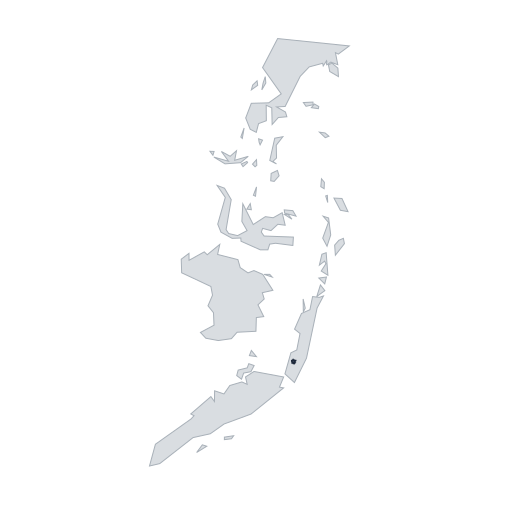 Purwakarta, Jawa Barat, Indonesia shown in context, rotated 275°
{"feature_id": "22746128B43709097539954", "entity_name": "Purwakarta", "entity_type": "district", "adm_level": 2, "iso_a3": "IDN", "parent_name": "Indonesia", "parent_adm1": "Jawa Barat", "projection": "natural_earth1", "projection_center": [107.447, -6.592], "detail": "fine", "context": "in_parent", "style": "filled", "palette": "slate", "viewbox_px": 512, "rotation_deg": 275, "n_neighbors": 0, "source": "geoboundaries", "source_scale": "gbopen_adm2", "svg_char_len": 4965}
<svg xmlns="http://www.w3.org/2000/svg" viewBox="0 0 512 512"><g transform="rotate(275 256 256)"><path d="M175.0,207.3L183.4,220.2L195.8,218.6L202.2,212.5L213.2,216.1L221.7,213.7L232.8,183.4L246.3,181.8L252.8,189.0L245.9,189.7L255.6,204.1L253.0,207.3L264.4,218.9L254.2,217.6L250.8,238.3L243.0,241.3L238.5,249.5L241.3,255.2L238.3,264.3L223.3,275.8L220.0,265.5L213.9,267.9L207.5,262.2L196.3,269.0L194.7,261.7L181.0,262.5L178.4,243.8L171.5,238.7L168.5,225.8L169.7,213.2L175.0,207.3ZM37.5,168.2L59.7,172.2L88.0,205.5L91.5,208.2L93.0,204.8L112.0,223.3L107.4,227.3L118.1,226.5L115.8,236.1L124.7,241.2L129.3,252.9L127.4,258.4L134.6,256.1L140.8,264.1L137.9,294.1L127.4,290.8L127.0,295.0L98.1,264.8L85.9,238.9L74.9,225.9L69.6,209.1L40.8,178.2L37.5,168.2ZM474.5,258.6L473.4,330.6L464.3,320.4L465.5,317.4L453.7,320.8L455.7,313.6L452.6,309.9L453.7,309.4L455.6,309.7L456.7,309.3L451.2,306.4L453.8,305.6L449.0,292.5L438.9,284.4L407.5,272.0L406.3,263.5L402.0,272.8L397.4,274.6L395.9,266.2L388.4,260.6L405.0,258.8L407.1,253.0L391.7,254.5L388.1,247.0L379.2,245.5L381.7,239.2L392.6,233.7L407.7,238.0L409.7,255.3L419.7,267.0L444.3,246.1L474.5,258.6ZM320.8,218.7L310.0,226.4L279.7,223.9L276.0,226.8L274.7,235.9L280.5,244.9L289.2,238.9L306.9,238.3L287.1,250.5L296.0,261.9L295.6,269.8L301.4,278.3L289.2,282.4L289.5,275.0L282.6,268.7L284.1,260.2L280.3,259.2L276.6,262.3L278.1,291.6L269.7,291.8L270.4,274.3L269.0,268.6L263.2,267.3L262.5,259.8L269.4,239.8L272.6,239.3L271.5,230.7L276.7,219.0L284.4,215.1L311.7,220.3L322.9,211.1L320.8,218.7ZM141.1,295.1L162.6,299.2L165.9,304.8L182.6,306.6L186.5,300.8L202.7,306.3L207.2,314.4L220.5,315.9L220.3,322.7L222.1,326.7L209.5,321.4L158.6,315.2L133.3,305.3L141.1,295.1ZM348.0,220.4L357.1,212.4L353.1,221.6L359.2,227.4L349.5,226.4L354.6,239.6L347.6,232.4L345.1,217.1L350.9,205.4L348.0,220.4ZM352.4,261.4L375.0,264.4L377.2,272.4L368.1,266.5L355.4,267.9L351.7,264.6L349.5,268.4L352.4,261.4ZM300.2,325.0L283.5,328.6L271.9,325.9L279.6,320.9L295.8,325.2L301.5,319.4L300.2,325.0ZM252.4,319.9L263.5,321.5L265.4,325.6L243.1,329.3L246.7,322.3L254.4,326.3L256.9,324.8L252.4,319.9ZM320.5,328.6L320.8,336.6L308.2,343.8L308.9,336.1L320.5,328.6ZM140.8,248.2L143.8,257.0L148.1,258.2L146.7,263.7L140.3,261.0L138.3,253.9L132.0,252.3L135.2,247.2L140.8,248.2ZM450.3,321.2L441.9,322.5L446.2,313.4L452.7,311.5L454.8,314.8L450.3,321.2ZM273.7,333.4L278.9,337.2L281.2,341.5L276.0,343.0L263.7,335.0L273.7,333.4ZM339.6,263.9L343.1,269.9L337.9,272.0L331.9,267.6L332.2,264.1L339.6,263.9ZM221.0,320.1L232.8,322.7L227.5,327.6L221.0,320.1ZM239.5,320.5L241.2,328.0L234.2,326.9L239.5,320.5ZM161.5,259.6L155.8,265.2L156.2,258.1L161.5,259.6ZM413.0,289.8L414.3,299.3L411.7,299.8L409.5,292.8L413.0,289.8ZM217.3,306.7L208.3,309.6L204.5,308.0L217.3,306.7ZM304.4,280.1L304.4,288.7L299.2,292.4L301.2,280.8L304.4,280.1ZM55.1,214.0L63.2,219.0L62.2,223.5L55.1,214.0ZM75.0,249.4L71.8,247.5L70.3,240.5L72.8,240.3L75.0,249.4ZM381.7,318.2L379.9,314.7L384.9,308.4L384.6,314.1L381.7,318.2ZM373.2,230.5L382.5,233.0L371.9,232.1L373.2,230.5ZM316.3,248.1L324.9,250.5L315.5,250.3L316.3,248.1ZM300.3,284.3L295.8,288.6L299.8,280.8L300.3,284.3ZM421.1,236.9L426.0,237.8L430.6,241.8L426.2,242.8L421.1,236.9ZM338.6,314.5L335.4,317.7L329.0,318.0L330.7,314.5L338.6,314.5ZM412.5,301.0L410.4,305.5L408.2,305.3L408.6,298.2L412.5,301.0ZM352.0,248.1L346.4,248.9L344.8,247.3L347.2,244.5L352.0,248.1ZM422.0,247.3L428.9,248.0L435.5,249.6L429.2,250.7L422.0,247.3ZM301.9,242.8L307.7,245.7L301.7,247.3L301.9,242.8ZM356.5,205.1L352.6,204.3L356.3,201.0L356.5,205.1ZM315.5,322.8L321.9,320.2L322.6,321.8L315.5,322.8ZM373.0,248.4L372.0,252.4L367.1,250.4L369.6,249.2L373.0,248.4ZM238.9,271.3L236.4,274.0L238.4,265.7L238.9,271.3ZM346.4,233.3L349.4,238.7L348.3,239.5L343.9,235.3L346.4,233.3Z" fill="#d9dde1" stroke="#a8b0b8" stroke-width="1"/><path d="M155.6,304.2L155.5,303.9L155.5,303.7L155.6,303.4L155.5,303.2L155.4,303.1L155.5,303.0L155.5,302.9L155.4,302.9L155.5,302.8L155.5,302.7L155.4,302.7L155.5,302.6L155.4,302.6L155.3,302.4L155.2,302.4L155.2,302.2L155.3,302.1L155.2,302.1L155.3,301.9L155.2,301.9L155.2,301.7L155.3,301.6L155.2,301.5L155.3,301.5L155.2,301.5L155.2,301.4L155.1,301.2L154.9,301.0L154.9,300.9L154.9,300.7L154.7,300.7L154.5,300.8L154.4,300.9L154.2,300.9L154.2,301.0L153.8,301.2L153.7,301.2L153.6,301.3L153.4,301.3L153.5,301.4L153.5,301.5L153.4,301.6L153.2,301.5L153.0,301.4L153.0,301.5L152.9,301.5L152.7,301.6L152.6,301.8L152.5,302.0L152.4,302.1L152.4,302.3L152.1,302.5L152.1,302.8L152.3,303.0L152.4,303.3L152.4,303.5L152.2,303.7L152.3,303.8L152.5,303.9L152.8,303.9L152.8,304.0L152.7,304.0L152.8,304.0L153.0,304.0L153.0,303.9L153.0,304.0L153.0,303.9L153.0,303.7L153.0,303.8L153.0,303.7L153.1,303.8L153.1,303.7L153.3,303.8L153.4,303.7L153.5,303.7L153.6,303.8L153.8,303.8L153.8,303.7L153.9,303.8L154.0,303.8L154.3,303.9L154.3,304.0L154.5,304.1L154.7,304.3L154.8,304.3L154.9,304.5L155.0,304.5L155.3,304.6L155.3,304.4L155.3,304.2L155.5,304.1L155.6,304.2Z" fill="#64748b" stroke="#1e293b" stroke-width="1.5"/></g></svg>